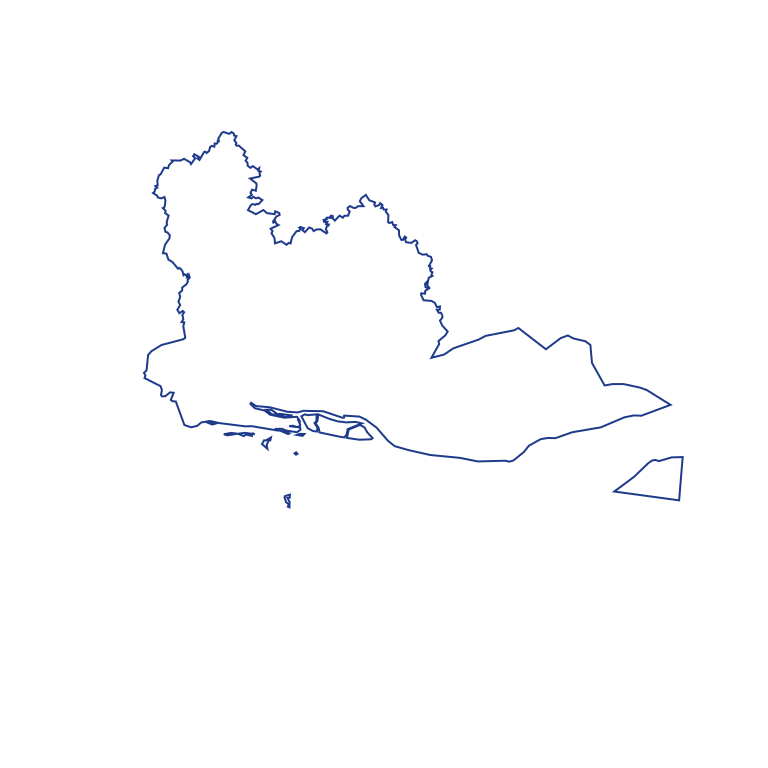 the district of Lakshmipur, Chittagong, Bangladesh, rotated 307°
{"feature_id": "16705992B31973889793084", "entity_name": "Lakshmipur", "entity_type": "district", "adm_level": 2, "iso_a3": "BGD", "parent_name": "Bangladesh", "parent_adm1": "Chittagong", "projection": "albers", "projection_center": [90.887, 22.836], "detail": "fine", "context": "isolated", "style": "outline", "palette": "blue", "viewbox_px": 768, "rotation_deg": 307, "n_neighbors": 0, "source": "geoboundaries", "source_scale": "gbopen_adm2", "svg_char_len": 6153}
<svg xmlns="http://www.w3.org/2000/svg" viewBox="0 0 768 768"><g transform="rotate(307 384 384)"><path d="M231.1,249.3L233.4,256.1L238.2,260.0L243.3,261.2L249.7,267.2L253.9,276.4L266.7,298.7L270.8,303.9L283.2,327.8L285.2,329.2L282.3,323.7L286.8,329.4L288.0,334.0L293.2,343.6L297.2,344.8L298.8,343.2L293.3,333.6L295.8,336.3L297.3,340.5L299.7,342.2L301.0,341.6L304.3,335.9L303.0,339.6L303.8,339.0L305.5,334.3L297.1,324.7L290.9,311.4L291.0,304.7L286.9,295.4L287.7,289.3L289.1,289.2L289.3,295.0L296.7,306.8L303.7,323.6L309.4,332.2L314.1,335.8L325.6,351.7L332.1,371.2L333.2,372.3L334.8,371.2L343.2,384.0L344.6,391.0L344.7,404.3L341.0,421.5L340.8,430.0L346.2,443.9L355.1,463.6L370.7,489.1L378.6,505.5L395.6,526.9L397.4,530.8L400.8,533.4L413.8,536.6L422.0,536.9L434.2,542.3L439.4,547.2L443.9,553.5L458.8,563.4L479.8,583.2L502.0,596.0L509.3,602.5L513.5,608.6L539.8,625.4L537.3,597.4L535.1,590.4L528.1,575.3L521.5,566.6L515.6,561.1L526.0,537.4L539.4,525.3L539.3,519.0L534.3,507.7L533.4,501.6L527.0,497.5L509.2,492.4L509.6,457.6L505.2,455.6L483.6,436.2L476.5,432.9L454.2,417.9L443.7,414.3L433.5,406.1L449.2,404.0L451.0,401.7L459.8,403.7L464.2,403.3L465.8,395.2L468.4,390.5L472.3,390.7L474.0,389.0L475.2,386.6L473.8,384.8L475.1,381.6L477.0,383.8L479.6,382.0L477.2,380.1L479.4,375.7L478.9,371.9L474.7,365.2L477.6,359.8L478.9,359.2L480.8,362.4L483.1,360.9L488.0,362.5L488.5,360.4L486.8,360.5L486.3,359.0L488.6,356.5L490.6,356.7L489.0,358.0L489.3,358.9L495.8,355.8L499.4,357.6L499.5,356.4L502.4,355.4L502.0,353.5L502.8,352.5L504.8,352.6L504.0,351.2L505.9,350.0L505.3,348.9L511.7,347.9L513.8,345.0L512.7,341.7L513.4,340.1L510.6,337.1L509.6,332.9L514.3,325.9L516.6,326.1L517.7,324.5L517.6,322.4L513.1,320.9L510.5,316.3L512.0,314.0L514.3,313.5L514.2,311.8L510.5,312.4L509.5,311.1L511.8,306.6L515.8,303.4L515.7,297.8L517.9,297.8L516.6,295.5L518.2,293.1L515.7,291.3L515.8,289.8L521.5,285.9L522.8,281.6L524.9,281.1L523.1,278.6L524.3,277.1L522.8,275.8L526.1,274.9L526.1,272.1L524.4,272.6L520.6,270.2L521.3,268.4L523.6,267.6L521.9,261.7L524.1,255.7L518.7,254.1L515.4,254.7L513.7,260.6L510.1,256.0L507.9,255.6L506.4,254.0L505.6,249.7L502.7,248.9L501.4,250.1L501.1,252.9L496.7,254.0L494.5,251.1L492.1,251.1L491.7,247.2L484.9,246.4L485.5,243.3L487.2,242.2L486.7,240.4L484.9,240.4L484.8,241.8L482.8,238.6L481.6,238.1L481.0,239.1L478.7,237.0L477.7,238.3L479.3,238.7L478.0,239.9L479.3,241.2L476.9,241.6L478.2,244.0L477.0,244.3L476.5,243.2L472.7,244.4L471.0,247.5L469.6,247.4L469.3,240.2L466.8,237.1L463.8,235.8L464.8,233.1L464.0,230.0L457.7,229.5L457.8,226.2L460.2,226.2L459.1,222.7L457.8,222.3L458.1,223.9L455.1,224.1L453.5,222.2L446.1,222.2L440.0,224.8L439.4,222.9L436.5,222.4L436.2,216.1L430.7,212.3L434.7,208.7L436.7,203.4L439.0,203.0L439.8,200.0L447.5,204.1L447.2,201.7L448.5,199.2L446.3,198.6L447.0,197.6L453.0,197.3L456.2,198.9L457.5,197.5L456.5,193.2L453.9,194.5L450.0,187.7L450.4,183.0L442.5,179.5L441.0,170.7L446.8,170.0L448.7,170.9L449.7,173.5L451.0,173.7L452.1,175.5L457.7,176.2L457.3,171.5L455.2,169.9L454.9,167.0L452.5,166.5L451.3,163.3L455.6,164.6L456.3,162.4L459.9,161.7L461.2,165.3L466.1,162.7L467.4,161.3L467.5,153.4L474.7,159.7L475.9,159.7L477.3,157.7L479.5,157.7L478.6,155.7L481.2,154.4L479.2,153.9L479.1,148.1L476.2,147.2L476.3,143.7L478.6,141.8L479.0,139.1L482.4,138.7L482.2,134.0L486.3,133.3L487.0,124.5L485.6,123.0L486.0,121.5L487.7,121.0L488.5,117.8L493.2,117.0L492.2,114.8L493.6,113.3L493.5,110.6L490.6,109.9L488.7,104.2L487.0,103.3L480.2,104.0L478.6,105.9L478.1,104.9L476.6,105.9L475.1,105.7L474.2,104.0L471.5,105.7L470.4,103.1L468.6,102.5L464.9,104.1L461.7,103.3L462.0,101.3L460.9,100.7L451.9,101.8L451.8,99.4L454.0,99.5L453.3,94.2L451.0,94.5L450.9,97.3L443.5,97.5L444.4,95.5L443.5,88.8L440.1,87.1L434.8,80.0L434.6,81.3L429.3,80.6L426.4,81.7L424.5,78.3L416.9,79.4L415.3,78.6L409.8,80.7L406.5,83.7L404.5,82.3L404.3,84.8L402.2,83.8L399.4,85.1L397.5,84.6L397.9,89.4L396.9,91.1L398.2,94.4L401.2,96.1L399.0,99.0L395.6,101.1L392.8,102.3L391.4,101.5L390.9,105.4L388.8,106.3L388.9,110.6L382.1,113.2L380.8,114.9L376.5,114.8L374.0,117.9L374.7,119.7L373.9,123.4L371.3,125.0L363.5,125.3L355.4,128.7L357.2,131.8L353.6,136.9L354.1,141.6L352.1,150.1L353.6,150.8L353.5,152.5L352.8,155.2L350.3,158.3L351.5,158.4L351.6,160.3L352.9,160.8L350.4,162.4L350.5,163.7L353.6,162.7L352.1,164.8L348.8,164.5L347.9,165.7L344.7,166.2L339.6,164.8L337.1,166.6L333.5,165.6L330.8,168.9L326.0,170.3L324.4,173.7L318.9,174.3L317.4,177.9L321.2,179.3L321.0,181.2L317.9,181.3L315.0,184.7L311.6,185.1L313.0,187.4L309.3,189.0L301.3,197.5L299.0,196.8L281.2,182.8L270.2,178.5L265.1,178.2L251.9,186.2L248.4,185.6L247.4,188.2L244.6,189.2L247.8,206.8L245.5,210.3L241.0,212.5L240.5,214.1L242.6,216.7L248.5,218.1L250.4,221.3L243.0,223.3L242.8,225.0L244.7,228.3L231.1,249.3ZM468.7,689.7L505.4,666.5L498.5,657.9L487.8,649.9L486.7,646.5L484.5,644.3L479.9,642.7L460.5,639.6L436.7,632.6L468.7,689.7ZM323.2,361.2L320.2,349.9L314.1,353.2L311.6,352.9L309.5,358.4L306.5,361.6L315.2,380.3L317.6,384.6L321.7,384.4L326.0,382.1L339.2,390.0L336.6,384.1L330.6,376.9L326.3,369.5L323.2,361.2ZM333.9,407.5L335.3,399.8L337.6,394.4L336.8,389.4L326.4,383.3L318.6,386.8L324.7,397.9L332.2,407.1L333.9,407.5ZM313.6,352.4L319.2,348.5L313.1,341.6L312.2,339.1L308.5,337.5L302.8,349.6L303.7,355.6L305.7,359.1L309.1,357.1L311.0,352.0L313.6,352.4ZM262.6,322.7L262.1,329.9L264.8,326.9L269.1,326.0L270.6,327.1L273.3,325.9L267.7,323.6L266.9,322.1L262.6,322.7ZM228.6,382.7L232.9,379.7L234.9,375.4L236.5,377.1L239.0,375.4L234.9,372.4L233.6,372.7L230.7,376.9L230.6,380.6L228.2,381.0L228.6,382.7ZM265.0,308.9L261.2,302.2L256.3,297.2L258.0,303.3L260.7,304.3L263.0,309.8L265.0,308.9ZM295.8,315.9L295.6,309.4L292.8,305.8L292.3,312.7L294.3,315.9L295.8,315.9ZM303.8,330.0L297.3,318.4L295.2,317.4L298.7,325.9L303.8,330.0ZM256.3,297.2L253.0,291.4L247.5,286.3L248.7,289.7L256.3,297.2ZM296.1,350.5L293.7,346.9L290.9,345.1L293.6,350.2L296.1,350.5ZM287.7,338.2L285.6,331.2L284.5,330.3L286.3,337.6L287.7,338.2ZM251.0,273.3L248.5,267.8L247.1,266.8L248.3,271.3L251.0,273.3ZM276.1,356.9L276.5,354.9L274.8,354.3L274.6,356.3L276.1,356.9ZM266.1,311.0L265.7,309.0L265.4,308.8L265.0,308.9L266.1,311.0Z" fill="none" stroke="#1e3a8a" stroke-width="2"/></g></svg>